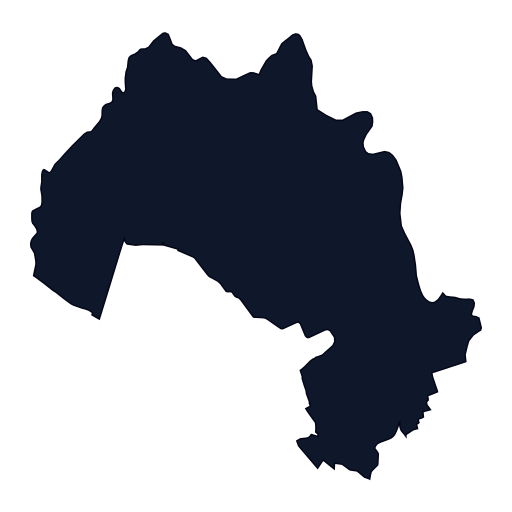 Go Vap, Hồ Chí Minh city, Vietnam
{"feature_id": "81297802B93588362587103", "entity_name": "Go Vap", "entity_type": "district", "adm_level": 2, "iso_a3": "VNM", "parent_name": "Vietnam", "parent_adm1": "Hồ Chí Minh city", "projection": "equal_earth", "projection_center": [106.669, 10.835], "detail": "fine", "context": "isolated", "style": "filled", "palette": "ink", "viewbox_px": 512, "rotation_deg": 0, "n_neighbors": 0, "source": "geoboundaries", "source_scale": "gbopen_adm2", "svg_char_len": 4845}
<svg xmlns="http://www.w3.org/2000/svg" viewBox="0 0 512 512"><path d="M442.8,293.0L440.9,296.0L438.4,299.5L436.4,301.1L434.7,302.3L432.9,302.7L431.2,302.6L428.9,301.9L426.4,300.1L424.2,297.9L422.5,295.4L420.5,290.9L419.0,286.2L418.2,283.3L416.3,275.7L415.4,264.9L413.9,255.0L412.8,250.2L410.8,245.2L404.8,233.9L401.3,226.1L399.8,213.3L400.5,203.3L402.1,194.4L402.8,187.9L401.9,177.4L401.1,173.3L400.7,171.3L396.0,160.1L392.5,155.4L392.3,155.2L389.0,152.6L384.6,151.6L373.0,154.4L368.3,153.8L365.5,151.6L363.3,146.8L362.9,142.8L363.6,139.8L366.2,134.3L372.0,126.1L372.6,121.8L372.4,117.7L370.5,113.7L367.3,111.8L362.7,111.8L356.2,113.1L347.5,117.7L342.7,120.3L336.0,120.3L326.1,115.4L317.1,109.7L316.0,99.5L315.7,96.3L313.3,91.7L311.7,85.9L311.3,81.6L312.2,66.0L311.0,60.1L308.7,56.6L305.9,50.4L302.0,39.5L299.9,35.9L298.5,34.5L295.7,33.9L292.6,35.0L288.8,38.2L282.0,43.5L280.6,46.1L276.7,53.7L271.9,55.5L269.2,57.9L266.4,60.8L261.2,69.8L259.2,74.7L253.1,72.8L252.9,72.8L250.2,72.8L245.3,75.0L236.3,79.3L226.5,79.1L221.4,76.8L210.6,63.1L206.3,58.3L202.8,57.3L195.5,61.0L192.4,59.6L185.5,50.7L180.7,47.9L174.5,46.3L172.0,44.2L170.2,39.3L168.2,34.4L165.2,32.9L162.9,33.4L153.7,40.9L148.9,47.1L147.1,48.1L145.0,49.0L142.2,49.0L140.3,49.4L138.2,51.8L135.3,53.9L131.0,55.8L129.2,57.5L128.3,60.5L127.6,67.4L126.1,71.8L125.3,78.0L125.3,82.4L125.8,89.2L125.1,91.6L123.8,92.9L122.6,92.8L121.3,91.5L119.2,88.4L117.2,87.5L115.2,87.9L113.5,90.1L112.7,92.5L112.6,94.3L112.9,97.6L112.9,100.1L111.9,102.1L110.0,103.3L105.9,104.5L104.3,105.8L103.9,106.2L102.6,108.0L102.2,110.9L102.1,115.8L101.4,118.4L99.6,121.6L94.6,127.5L92.1,130.9L90.9,131.8L87.1,132.3L84.3,134.1L72.8,145.4L64.5,154.3L59.5,160.0L55.1,164.3L51.1,171.6L49.7,172.7L48.6,172.6L45.8,170.6L44.1,169.6L43.2,170.1L42.5,171.4L42.2,172.4L41.8,175.1L41.8,181.9L41.0,187.1L40.9,189.2L42.0,195.7L42.1,202.2L41.5,205.5L40.1,207.2L36.0,209.2L32.6,211.1L32.1,212.1L31.9,213.0L31.8,215.4L31.9,219.4L32.1,221.5L32.8,223.3L35.0,226.1L36.4,228.4L37.3,230.8L37.4,232.7L36.7,233.7L32.7,238.2L31.4,240.6L30.7,243.6L30.9,245.4L31.0,247.0L32.0,248.7L34.5,253.0L35.5,258.6L36.0,262.1L35.9,264.7L33.6,275.7L35.9,277.2L43.2,282.6L43.4,282.7L43.6,282.9L53.2,290.5L56.1,292.3L63.5,298.2L70.8,303.6L73.6,305.1L82.8,308.3L84.7,308.7L88.7,310.1L92.6,312.6L92.0,314.9L99.3,319.1L111.2,280.4L119.9,251.9L124.4,237.7L125.1,241.5L127.1,244.0L135.7,245.2L142.7,244.5L162.2,244.9L162.4,242.8L163.7,243.1L163.6,245.0L169.0,246.5L178.3,249.2L178.0,250.4L193.5,257.1L194.7,258.0L207.4,274.5L209.2,276.4L217.8,281.1L220.6,283.7L226.2,291.4L227.4,291.7L229.3,291.6L230.8,291.7L232.1,292.1L232.5,292.5L233.0,293.5L234.3,295.3L235.2,296.4L236.5,297.1L238.9,297.9L240.7,299.7L251.5,314.4L253.4,317.0L254.4,317.2L262.5,317.6L265.5,318.1L268.0,319.6L276.8,325.8L281.0,328.6L282.1,328.8L283.2,328.5L296.5,322.4L298.1,322.1L299.2,322.6L300.4,323.7L303.5,331.2L305.4,335.8L306.5,337.0L307.7,337.6L308.9,337.5L325.1,329.9L327.4,329.5L329.8,330.3L334.5,337.1L334.8,341.6L333.0,345.5L329.7,348.5L325.4,352.3L322.5,355.0L320.3,355.9L317.6,356.9L316.1,357.2L313.5,359.3L313.1,359.0L310.3,361.1L304.3,367.2L300.3,370.4L302.6,377.5L302.1,378.1L304.2,385.1L306.1,390.6L306.5,393.6L309.8,402.8L309.3,403.1L310.3,405.7L310.0,406.4L305.8,408.6L306.4,409.6L308.4,412.6L313.5,419.8L315.4,422.3L315.7,423.9L315.9,425.8L315.9,429.6L315.7,432.0L317.1,433.3L318.1,433.9L317.8,436.5L311.3,434.5L309.7,436.7L308.1,437.8L305.3,438.3L300.5,438.8L296.8,440.9L298.6,445.8L301.1,448.8L317.6,468.2L323.1,460.0L334.2,468.9L334.5,463.2L337.9,463.6L342.2,464.2L349.8,469.8L352.0,470.2L356.9,470.9L357.8,471.5L359.3,472.7L363.4,476.2L364.5,477.1L369.2,478.8L369.7,479.1L370.4,474.8L371.2,471.6L372.8,469.8L377.6,465.0L377.9,463.2L378.0,460.1L378.2,456.5L378.3,454.0L377.7,452.5L376.6,451.0L375.0,448.8L374.7,448.1L375.3,446.3L376.6,444.5L377.6,443.5L380.2,442.2L385.3,440.3L388.6,439.1L391.5,437.7L393.5,435.9L394.6,434.5L396.4,430.8L397.7,427.3L398.9,423.8L400.0,421.1L399.8,422.3L399.9,425.9L400.0,427.1L401.2,430.4L402.2,431.7L404.4,434.3L405.9,436.4L405.9,435.0L406.1,434.6L406.5,434.2L411.8,430.7L413.2,429.8L414.7,429.3L417.5,428.6L416.4,423.5L417.2,423.7L417.8,423.6L418.4,423.2L419.0,422.4L418.7,422.0L418.4,421.5L418.4,420.8L418.6,418.8L419.7,418.6L421.6,418.0L423.4,417.1L422.9,411.7L430.4,409.7L428.7,407.3L427.9,406.2L426.9,405.4L427.0,405.1L427.0,404.8L426.5,402.8L426.5,402.1L427.1,401.3L428.2,400.0L428.1,398.8L427.6,395.7L431.7,394.2L437.5,391.8L437.2,390.6L435.8,386.6L432.7,377.4L431.7,372.8L465.8,361.6L465.8,361.3L465.1,354.7L467.1,346.2L468.7,340.8L473.2,335.0L478.4,331.4L480.6,330.1L481.3,327.9L478.9,318.0L476.3,316.8L472.5,316.1L471.5,315.1L471.5,313.6L472.2,310.9L473.9,306.7L474.3,303.0L473.0,300.0L470.0,299.2L464.3,299.3L460.1,298.9L454.7,297.4L449.9,297.0L445.7,296.3L442.8,293.0Z" fill="#0f172a" stroke="#020617" stroke-width="1.5"/></svg>